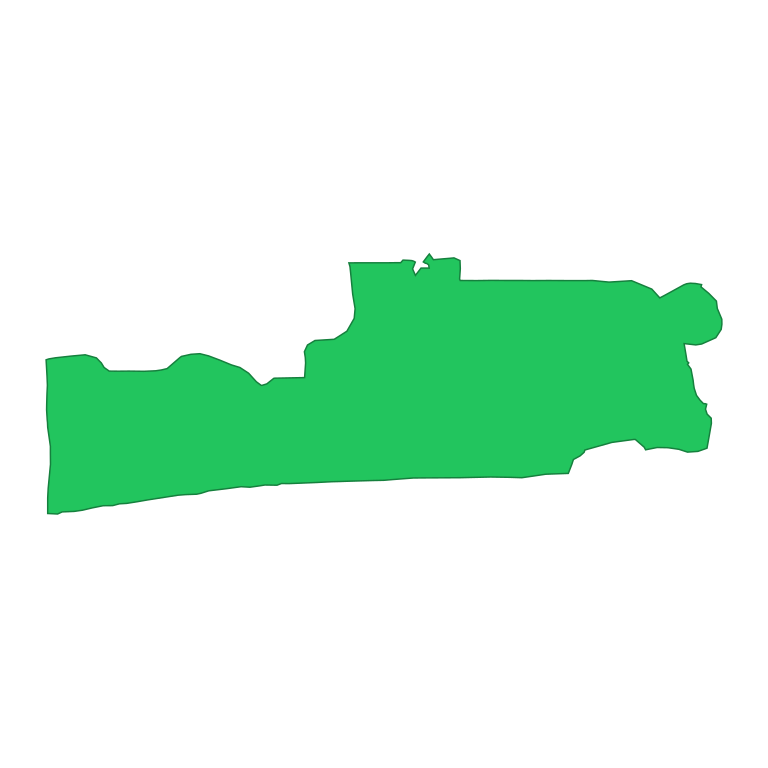 Badagry, Lagos, Nigeria (Robinson projection)
{"feature_id": "59680162B33139344805421", "entity_name": "Badagry", "entity_type": "district", "adm_level": 2, "iso_a3": "NGA", "parent_name": "Nigeria", "parent_adm1": "Lagos", "projection": "robinson", "projection_center": [2.918, 6.446], "detail": "fine", "context": "isolated", "style": "filled", "palette": "green", "viewbox_px": 768, "rotation_deg": 0, "n_neighbors": 0, "source": "geoboundaries", "source_scale": "gbopen_adm2", "svg_char_len": 2602}
<svg xmlns="http://www.w3.org/2000/svg" viewBox="0 0 768 768"><path d="M359.4,262.8L348.9,262.9L350.0,266.7L350.7,273.5L352.7,294.2L355.1,308.7L354.2,318.4L346.9,331.2L334.2,339.3L315.0,340.5L307.5,345.0L304.4,351.7L305.3,357.5L305.6,363.0L304.6,377.6L274.2,378.2L273.7,378.4L266.8,383.9L261.9,385.4L261.1,385.3L256.4,381.8L248.6,373.2L239.9,367.5L231.4,364.9L219.5,360.0L216.8,359.0L208.6,355.9L199.9,353.7L190.9,354.3L182.9,356.1L181.5,356.4L180.5,357.1L179.5,357.9L167.1,368.6L161.2,370.0L155.6,370.8L144.0,371.3L128.9,371.1L118.6,371.2L109.2,371.1L104.1,367.5L101.3,362.9L99.7,361.3L96.4,357.9L85.2,354.8L71.0,356.1L55.5,357.8L48.9,358.9L46.1,359.8L47.0,375.8L47.4,385.3L47.0,393.5L46.7,404.0L46.6,409.9L47.2,419.7L47.5,422.6L47.7,427.3L50.4,446.3L50.4,453.2L50.5,464.3L48.2,488.2L47.7,497.9L47.7,513.5L57.6,514.0L62.2,511.9L74.2,511.4L82.5,510.2L92.2,507.9L103.2,505.7L112.7,505.6L119.5,503.8L126.6,503.4L137.4,501.7L147.7,499.9L178.0,495.2L185.7,494.6L196.7,494.2L200.9,493.3L208.8,490.8L226.4,488.7L241.1,486.7L250.0,487.2L259.3,485.9L264.9,485.0L277.0,485.2L281.5,483.5L288.9,483.6L316.3,482.5L332.1,481.7L340.1,481.5L345.3,481.3L359.1,480.9L373.4,480.5L383.8,480.3L393.4,479.5L413.2,478.0L423.1,477.9L460.1,477.7L472.9,477.4L490.6,477.0L509.5,477.3L521.9,477.7L533.7,476.0L545.8,474.2L568.3,473.4L571.8,464.4L573.4,459.5L580.2,455.8L584.1,452.3L584.9,450.0L611.9,442.4L634.2,439.4L635.4,439.5L644.2,447.2L645.6,449.8L657.1,447.5L667.9,447.7L678.9,449.3L687.5,452.1L697.9,451.4L707.0,448.2L708.9,437.6L711.4,423.3L711.2,418.2L707.1,414.1L705.5,409.2L706.7,404.2L705.3,403.7L703.4,403.6L700.0,400.1L696.5,395.4L694.2,388.3L693.6,384.5L693.1,380.2L691.0,369.1L687.5,364.3L688.7,362.9L687.0,361.2L686.1,355.5L684.1,343.6L695.8,344.9L701.7,344.0L715.8,337.7L721.2,329.4L721.9,324.2L721.8,319.2L717.3,308.5L716.4,301.1L708.7,293.3L701.0,286.9L701.6,284.6L695.4,283.5L691.8,283.3L690.5,283.2L688.2,283.5L686.5,283.8L683.7,284.9L679.7,287.1L671.9,291.4L664.2,295.6L659.8,297.9L651.8,289.1L631.6,280.7L609.0,282.1L592.6,280.5L590.8,280.5L585.7,280.6L583.1,280.6L579.7,280.6L567.4,280.6L548.4,280.5L532.6,280.6L521.5,280.5L516.1,280.5L506.1,280.5L491.8,280.4L476.5,280.6L460.2,280.5L459.6,279.1L460.3,268.6L460.0,260.6L454.0,257.9L449.7,258.3L442.5,258.9L433.4,259.7L431.8,257.4L429.3,254.0L427.0,256.9L423.3,261.9L425.3,263.2L426.8,263.5L428.6,264.8L429.2,268.1L427.3,268.1L421.0,268.1L418.7,271.1L415.4,275.4L412.6,268.9L415.3,262.1L413.7,261.2L411.8,260.6L409.5,260.4L403.0,260.1L400.7,262.7L395.5,262.7L387.9,262.8L368.5,262.8L359.4,262.8Z" fill="#22c55e" stroke="#15803d" stroke-width="1.5"/></svg>